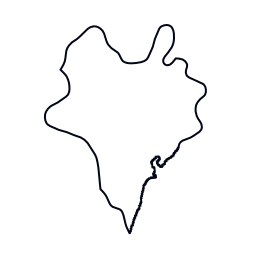 Bajos de Haina, San Cristóbal, Dominican Republic (orthographic projection), rotated 354°
{"feature_id": "3306468B44390196227357", "entity_name": "Bajos de Haina", "entity_type": "district", "adm_level": 2, "iso_a3": "DOM", "parent_name": "Dominican Republic", "parent_adm1": "San Cristóbal", "projection": "orthographic", "projection_center": [-70.023, 18.434], "detail": "fine", "context": "isolated", "style": "outline", "palette": "ink", "viewbox_px": 256, "rotation_deg": 354, "n_neighbors": 0, "source": "geoboundaries", "source_scale": "gbopen_adm2", "svg_char_len": 4040}
<svg xmlns="http://www.w3.org/2000/svg" viewBox="0 0 256 256"><g transform="rotate(354 128 128)"><path d="M118.5,232.7L118.8,232.7L118.8,231.4L119.5,231.4L119.5,230.7L120.1,230.7L120.1,228.7L120.8,228.7L120.8,226.6L121.4,226.6L121.4,225.3L122.7,225.3L122.7,223.3L123.3,223.3L123.3,221.9L123.9,221.9L123.9,219.9L124.6,219.9L124.6,218.6L125.2,218.6L125.2,217.9L125.8,217.9L125.8,215.9L127.1,215.9L127.1,213.9L127.8,213.9L127.8,212.6L128.4,212.6L128.4,211.2L129.0,211.2L129.0,210.5L129.7,210.5L129.7,209.9L130.3,209.9L130.3,209.2L131.0,209.2L131.0,206.5L132.2,206.5L132.2,204.5L132.9,204.5L132.9,203.2L133.5,203.2L133.5,199.1L134.1,199.1L134.1,197.1L134.8,197.1L134.8,195.1L135.4,195.1L135.4,193.1L136.0,193.1L136.0,191.7L136.7,191.7L136.7,189.7L137.3,189.7L137.3,187.0L138.0,187.0L138.0,186.4L138.6,186.4L138.6,185.7L139.2,185.7L139.2,185.0L139.9,185.0L139.9,183.7L140.5,183.7L140.5,183.0L141.1,183.0L141.1,182.3L141.8,182.3L141.8,181.7L142.4,181.7L142.4,181.0L143.3,181.0L143.7,181.0L143.7,180.3L145.6,180.3L145.6,179.6L146.2,179.6L146.2,180.3L146.9,180.3L146.9,179.6L148.2,179.6L148.2,180.3L149.7,180.3L150.1,180.3L150.1,179.6L150.7,179.6L150.7,178.9L150.7,178.3L150.1,178.3L150.1,177.6L148.8,177.6L148.8,177.0L148.2,177.0L148.2,176.3L148.8,176.3L148.8,175.6L149.4,175.6L149.4,174.3L150.1,174.3L150.1,170.2L149.4,170.2L149.4,169.6L148.2,169.6L148.2,165.6L147.5,165.6L147.5,164.2L148.2,164.2L148.2,163.5L148.8,163.5L148.8,162.9L149.4,162.9L149.4,162.2L150.7,162.2L150.7,161.5L151.3,161.5L151.3,160.9L152.6,160.9L152.6,159.5L155.2,159.5L155.2,160.2L155.8,160.2L155.8,160.9L156.4,160.9L156.4,162.2L155.8,162.2L155.8,162.9L155.2,162.9L155.2,163.5L154.5,163.5L154.5,164.2L153.2,164.2L153.2,166.2L153.9,166.2L153.9,167.6L154.5,167.6L154.5,168.2L155.2,168.2L155.2,168.9L155.8,168.9L155.8,169.6L156.4,169.6L156.4,170.2L157.7,170.2L157.7,169.6L158.3,169.6L158.3,168.2L159.6,168.2L159.6,167.6L160.9,167.6L160.9,165.6L161.5,165.6L161.5,164.9L162.8,164.9L162.8,163.5L164.1,163.5L164.1,162.9L165.4,162.9L165.4,162.2L167.3,162.2L167.3,161.5L167.9,161.5L167.9,160.9L169.2,160.9L169.2,160.2L170.4,160.2L170.4,158.8L171.1,158.8L171.1,157.5L172.4,157.5L172.4,156.1L173.6,156.1L173.6,155.5L174.3,155.5L174.3,154.8L174.9,154.8L174.9,154.1L175.5,154.1L175.5,152.8L176.0,152.8L176.3,152.8L176.8,150.5L177.5,149.0L178.5,147.8L180.8,146.3L189.1,144.1L192.2,142.7L198.8,139.1L200.7,137.2L201.3,136.0L201.6,134.6L201.4,131.9L200.5,129.5L198.6,125.9L197.6,123.2L197.0,118.5L197.3,115.3L198.2,112.3L199.8,109.8L202.7,106.9L206.9,104.1L207.9,103.2L209.1,100.8L209.5,98.0L209.2,95.3L208.6,93.9L207.9,92.7L206.9,91.8L194.1,84.2L192.2,82.4L191.7,81.3L191.3,78.7L191.8,76.4L193.1,73.4L193.4,71.1L193.1,69.9L191.8,67.6L189.8,65.8L188.6,65.2L185.8,64.3L182.8,63.8L178.8,67.8L176.6,69.2L175.3,69.6L174.0,69.7L172.6,69.4L171.2,68.5L170.3,67.1L170.0,65.7L170.1,64.4L170.5,63.1L172.0,60.9L176.0,56.9L180.0,52.2L181.5,49.5L182.6,46.4L183.2,43.2L183.5,38.5L183.2,35.5L182.2,32.7L181.3,31.5L180.0,30.5L178.6,29.9L177.2,29.6L174.4,29.7L171.7,30.5L170.5,31.4L169.5,32.4L164.1,42.2L161.3,49.5L159.9,52.1L155.6,59.5L153.8,61.7L152.4,62.5L151.0,63.2L147.8,63.9L142.7,64.2L137.7,64.0L134.5,63.4L133.0,62.9L131.6,62.2L130.3,61.3L129.4,60.2L128.3,57.9L127.0,54.2L125.8,52.0L119.8,46.8L117.2,43.3L116.5,42.0L115.6,39.0L114.1,31.5L112.9,28.7L111.1,26.4L108.8,24.6L107.4,23.9L105.9,23.5L104.3,23.3L101.2,23.8L98.3,25.2L89.3,32.3L86.7,34.1L81.2,37.0L77.9,39.8L76.0,42.2L74.7,44.9L72.9,52.5L71.9,55.5L70.5,58.1L67.0,63.0L69.9,66.6L71.7,69.1L72.4,70.5L73.4,73.6L74.0,76.8L74.1,80.0L73.9,83.1L73.2,86.0L71.8,88.6L69.6,90.4L60.9,95.2L53.9,98.0L52.6,98.8L50.3,100.6L48.4,102.9L47.0,105.7L46.5,108.8L46.6,111.8L47.5,114.7L48.3,115.9L50.5,117.8L59.1,122.7L66.4,125.6L74.3,129.8L79.9,132.4L83.5,135.2L86.3,138.7L92.4,150.9L93.4,154.0L93.7,155.7L94.1,159.1L94.4,164.4L94.2,185.9L97.0,189.6L98.6,192.2L99.8,195.0L101.6,200.5L102.7,202.9L104.5,204.8L111.2,208.0L112.1,208.8L113.0,210.0L113.6,211.4L114.4,214.4L115.5,222.9L116.2,226.3L118.5,232.7Z" fill="none" stroke="#020617" stroke-width="2"/></g></svg>